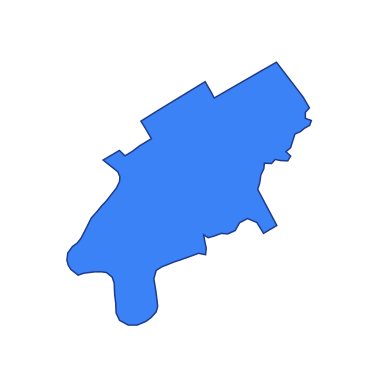 Pinto Bandeira, Rio Grande do Sul, Brazil, rotated 240°
{"feature_id": "56859067B15267966296227", "entity_name": "Pinto Bandeira", "entity_type": "district", "adm_level": 2, "iso_a3": "BRA", "parent_name": "Brazil", "parent_adm1": "Rio Grande do Sul", "projection": "robinson", "projection_center": [-51.472, -29.092], "detail": "fine", "context": "isolated", "style": "filled", "palette": "blue", "viewbox_px": 384, "rotation_deg": 240, "n_neighbors": 0, "source": "geoboundaries", "source_scale": "gbopen_adm2", "svg_char_len": 1311}
<svg xmlns="http://www.w3.org/2000/svg" viewBox="0 0 384 384"><g transform="rotate(240 192 192)"><path d="M262.3,314.5L262.3,277.4L262.3,258.2L269.4,258.5L281.0,258.5L279.6,201.9L278.9,183.2L269.1,183.5L258.5,183.5L258.2,169.8L257.0,160.6L256.9,152.0L264.3,149.9L264.1,131.0L246.6,137.9L241.3,137.2L237.1,134.3L233.1,128.3L230.3,121.3L226.8,112.6L225.2,106.9L222.6,100.2L219.9,91.9L211.9,79.8L207.5,72.9L205.1,67.0L204.6,61.3L201.3,53.9L195.4,49.5L190.7,48.3L185.7,48.3L176.9,51.8L175.8,57.7L171.6,67.6L168.2,73.6L165.0,77.7L158.2,80.3L152.1,79.1L142.0,73.8L133.5,70.2L125.2,65.8L117.1,65.1L108.7,70.2L104.2,77.9L103.0,87.2L103.7,93.7L106.1,101.0L110.0,105.0L115.8,107.6L124.9,111.4L136.0,115.6L142.0,121.8L142.3,128.3L141.3,135.1L140.4,141.4L139.0,148.2L137.2,158.0L135.6,167.1L130.9,172.4L136.3,176.3L141.5,177.9L149.1,180.7L144.3,183.2L142.8,189.2L141.5,196.6L137.8,202.1L137.0,210.1L141.6,217.8L141.3,226.7L133.2,232.9L120.4,233.3L120.6,248.7L161.5,250.2L165.5,254.7L172.4,260.2L176.3,265.9L180.8,269.1L176.9,275.1L178.6,280.4L175.1,284.2L171.1,290.5L173.8,295.4L179.9,293.5L181.1,299.6L185.6,304.4L190.7,310.1L190.1,316.0L191.0,321.3L190.9,327.2L194.2,331.1L199.1,327.0L204.3,330.0L206.1,335.7L218.6,335.7L262.2,330.0L262.2,324.5L262.3,314.5Z" fill="#3b82f6" stroke="#1e3a8a" stroke-width="1.5"/></g></svg>